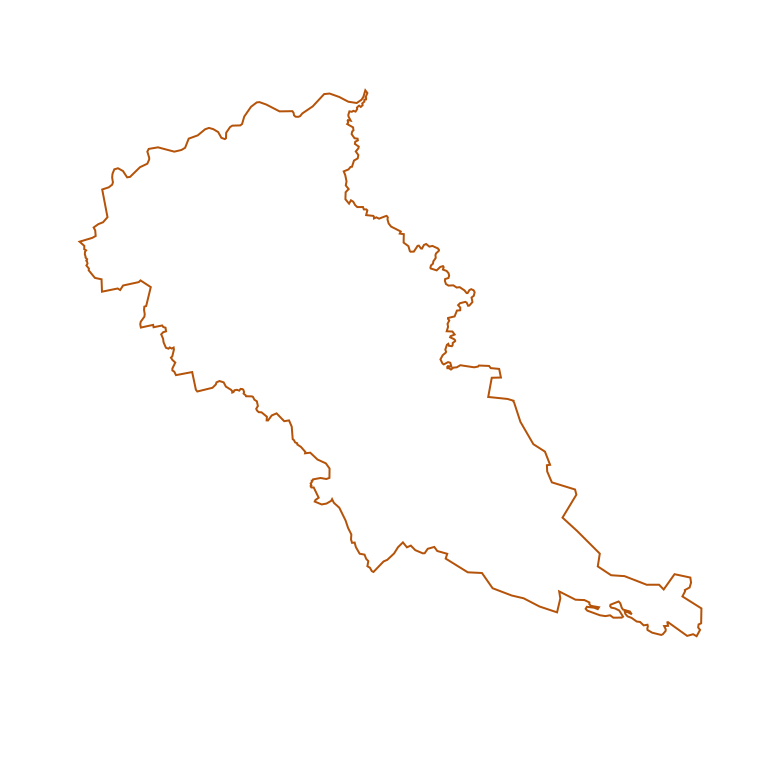 the district of Straupes pag., Pargaujas, Latvia, rotated 171°
{"feature_id": "27541924B928212469839", "entity_name": "Straupes pag.", "entity_type": "district", "adm_level": 2, "iso_a3": "LVA", "parent_name": "Latvia", "parent_adm1": "Pargaujas", "projection": "mercator", "projection_center": [24.945, 57.337], "detail": "fine", "context": "isolated", "style": "outline", "palette": "amber", "viewbox_px": 768, "rotation_deg": 171, "n_neighbors": 0, "source": "geoboundaries", "source_scale": "gbopen_adm2", "svg_char_len": 6153}
<svg xmlns="http://www.w3.org/2000/svg" viewBox="0 0 768 768"><g transform="rotate(171 384 384)"><path d="M248.8,131.4L243.4,144.6L243.4,151.7L228.6,141.0L219.8,139.2L215.3,136.1L215.6,134.3L214.3,132.5L206.6,129.9L208.1,128.2L211.5,130.2L218.5,132.2L220.0,130.4L218.6,128.3L206.9,121.8L201.6,120.1L196.9,120.2L194.0,117.3L185.7,116.1L184.3,116.8L187.1,123.5L191.1,126.3L194.6,127.6L195.4,129.3L194.8,130.6L186.3,132.5L184.9,130.4L184.2,125.8L183.2,123.8L176.8,120.9L175.3,117.8L179.3,120.8L181.8,121.2L181.6,119.2L179.8,116.4L176.1,114.3L171.6,109.9L168.3,108.9L165.3,105.0L161.4,105.0L161.3,103.4L162.2,101.3L162.2,99.8L158.0,96.4L149.5,92.8L147.8,93.2L144.5,96.0L144.1,97.7L145.2,101.1L141.3,100.7L141.4,104.3L140.8,104.4L124.0,87.8L117.8,88.5L114.7,86.0L110.3,91.7L111.8,94.4L110.9,97.3L108.2,98.0L105.6,112.7L122.5,127.5L119.1,132.1L119.1,133.4L114.0,135.2L111.8,139.8L111.7,144.9L126.8,150.7L139.9,137.3L143.7,142.7L155.9,144.6L176.5,156.6L189.6,159.6L201.4,170.4L197.4,182.7L216.4,208.8L228.6,224.1L211.3,244.6L211.8,249.9L233.6,260.6L236.5,272.1L235.8,278.3L232.6,278.2L235.6,292.0L245.9,301.2L255.2,325.3L258.4,345.4L259.0,346.6L258.7,347.2L264.3,349.9L283.1,354.9L276.6,373.3L267.5,372.1L267.9,380.9L276.1,383.0L277.4,385.4L287.4,387.4L288.4,386.5L292.4,386.4L305.7,390.6L309.5,389.1L312.8,389.3L315.6,387.8L317.3,389.4L318.9,389.7L318.9,390.9L318.0,391.7L314.7,390.6L315.2,394.6L317.3,395.6L321.9,394.0L323.0,395.1L324.4,399.5L321.5,403.3L318.1,405.3L317.6,406.1L318.1,408.3L315.7,412.9L314.2,413.6L313.9,411.6L311.1,410.7L310.2,411.5L309.7,413.8L307.0,415.2L306.9,416.1L307.9,417.4L311.4,419.8L310.8,420.8L306.5,421.8L308.2,425.1L313.8,426.3L311.8,430.4L311.8,433.5L309.6,436.5L310.6,438.4L310.4,439.2L303.7,439.7L300.5,445.1L297.2,444.9L296.7,447.5L298.5,450.3L296.3,451.9L290.8,452.4L289.6,451.4L288.7,448.1L287.5,448.1L283.8,451.1L284.0,455.7L281.5,457.1L280.1,460.5L280.8,462.5L283.0,464.0L284.9,463.4L287.2,460.7L288.2,460.9L289.9,463.9L294.1,467.8L297.1,467.9L300.1,470.6L304.9,471.1L307.2,473.1L307.7,476.5L307.2,478.1L303.8,478.6L302.7,480.8L302.9,483.3L304.5,485.9L307.9,487.8L306.8,490.1L307.3,491.2L310.1,490.8L314.2,488.0L319.8,490.8L320.0,491.5L319.1,493.7L316.8,495.2L316.1,497.4L313.2,500.4L313.0,503.3L312.2,504.8L309.0,507.0L308.7,507.8L309.6,509.5L314.6,512.8L317.7,512.6L320.5,515.7L322.9,515.0L325.3,511.8L326.3,512.1L327.9,515.2L329.2,515.2L333.8,510.1L337.1,510.5L337.7,511.3L338.3,516.3L342.5,520.6L341.0,528.9L344.9,530.1L343.6,532.0L352.4,538.4L354.3,541.8L354.8,546.0L354.2,547.9L354.6,549.0L355.4,549.7L363.0,548.1L365.5,549.8L368.0,549.1L367.8,550.9L368.2,551.7L375.2,553.6L373.3,558.1L374.1,559.2L376.6,559.6L377.1,562.1L382.7,562.9L384.5,565.2L385.9,568.9L387.9,570.6L390.3,567.6L393.2,572.5L391.9,579.4L388.4,582.1L390.7,586.1L389.3,590.0L389.6,596.3L390.5,600.3L385.5,601.5L383.1,603.6L381.6,603.6L378.7,609.4L374.7,610.9L373.5,614.1L375.5,618.1L372.4,620.8L371.8,622.4L375.2,625.7L374.5,627.8L371.7,628.7L371.7,630.4L374.7,631.4L376.9,635.9L375.9,638.4L374.5,639.3L374.4,642.3L379.7,646.5L378.5,647.8L378.7,649.8L378.3,650.3L375.7,649.3L377.2,653.7L377.2,655.3L375.5,658.7L373.2,657.9L371.6,658.6L369.5,657.5L367.5,659.7L367.5,661.2L365.7,662.5L365.0,662.8L363.6,661.3L361.5,662.7L361.6,664.5L359.2,666.0L358.9,667.9L357.2,667.9L356.9,669.3L357.3,670.1L354.9,674.0L356.5,677.0L359.4,670.9L361.7,668.3L367.0,665.8L375.1,668.4L383.3,674.5L392.3,679.4L397.8,679.7L410.9,669.4L422.4,664.0L425.1,661.6L427.1,661.3L429.6,661.9L430.8,663.4L430.9,666.0L431.8,667.8L444.5,669.6L456.5,678.4L462.9,681.9L465.7,682.0L472.0,678.6L480.2,670.0L483.5,663.0L485.5,661.9L493.4,662.9L495.9,661.8L500.6,656.8L501.6,651.5L502.9,650.8L506.1,652.6L508.4,658.8L512.7,662.4L516.8,664.3L520.8,663.6L529.1,658.7L538.5,656.9L543.5,648.4L547.6,646.8L554.8,646.3L570.2,653.1L579.6,653.0L581.4,650.5L580.5,644.2L580.8,642.5L583.3,638.6L591.1,636.3L602.4,628.3L605.4,628.3L608.5,635.2L613.0,638.7L616.8,638.2L619.3,634.0L620.2,630.5L620.2,625.5L621.3,623.4L625.1,621.3L631.9,620.2L631.0,592.0L636.2,587.7L641.1,586.6L646.3,584.0L645.2,580.8L645.6,575.3L649.1,574.0L662.4,572.2L658.4,567.3L659.0,564.0L657.3,562.6L658.6,561.4L659.2,559.0L658.8,556.3L659.0,555.5L657.7,553.7L658.7,552.4L658.2,552.1L658.0,549.3L659.4,547.6L657.4,544.2L657.9,542.5L652.9,534.0L646.6,531.6L648.1,519.3L632.1,520.0L629.9,518.1L626.3,522.1L610.3,523.0L608.3,524.4L599.2,516.2L606.7,498.2L608.6,497.9L609.4,494.9L609.4,490.5L610.1,488.0L614.5,483.6L615.4,481.2L615.3,477.8L602.8,478.5L602.7,476.1L593.9,476.5L593.1,474.8L591.0,473.8L591.0,470.1L594.0,469.7L596.3,467.9L595.1,463.2L595.2,459.7L593.7,453.9L591.4,452.6L589.9,453.6L588.1,452.2L586.1,452.9L586.1,450.9L588.8,444.4L590.3,443.4L589.3,441.0L586.8,437.8L590.6,432.4L590.9,430.5L589.2,429.0L588.1,425.3L571.6,425.8L570.7,407.8L569.6,405.8L554.0,407.1L550.2,409.8L549.2,411.8L546.1,412.7L542.1,410.7L540.6,406.2L536.1,402.3L535.1,400.8L535.2,399.3L533.9,399.6L532.7,401.2L530.2,401.3L528.0,400.1L526.4,401.6L524.6,401.1L523.9,400.4L523.4,397.9L524.2,396.5L522.4,394.5L522.2,393.5L516.3,392.4L515.4,391.7L514.5,388.8L512.3,386.8L512.0,382.0L514.1,379.5L513.6,377.7L512.2,375.8L509.4,375.2L504.8,370.0L505.6,366.4L504.3,366.1L499.8,370.5L494.7,371.8L488.4,362.9L483.5,362.9L481.8,356.3L482.8,343.8L481.7,342.6L480.9,340.2L479.0,339.1L479.1,337.8L475.9,334.9L472.3,329.2L472.8,327.9L467.6,327.7L461.5,319.8L453.8,314.7L451.0,309.0L452.6,299.8L455.8,299.2L461.4,301.1L469.0,300.9L469.7,299.7L470.5,299.8L470.8,298.1L472.0,297.3L471.6,295.2L472.3,295.0L472.4,294.2L471.9,293.2L469.6,292.8L466.3,281.9L469.8,280.2L470.8,278.7L464.4,274.8L459.5,274.9L454.4,276.9L453.3,278.4L452.1,274.5L447.5,268.8L443.3,255.2L442.0,247.5L439.8,240.5L440.9,235.6L440.4,232.1L437.8,232.0L437.3,227.3L434.6,220.2L429.9,218.5L429.0,214.2L427.2,211.5L428.9,206.6L426.7,204.8L425.3,201.1L423.8,200.0L412.2,208.8L408.3,209.8L403.7,212.9L400.6,215.0L395.7,220.6L390.1,224.6L386.9,219.1L382.8,220.2L379.1,215.0L372.2,210.7L370.3,210.5L366.6,214.4L359.8,215.2L357.5,210.7L348.1,206.4L350.4,201.9L330.7,184.9L316.8,182.0L308.7,165.3L290.9,155.1L279.6,150.5L265.2,139.9L248.8,131.4Z" fill="none" stroke="#b45309" stroke-width="2"/></g></svg>